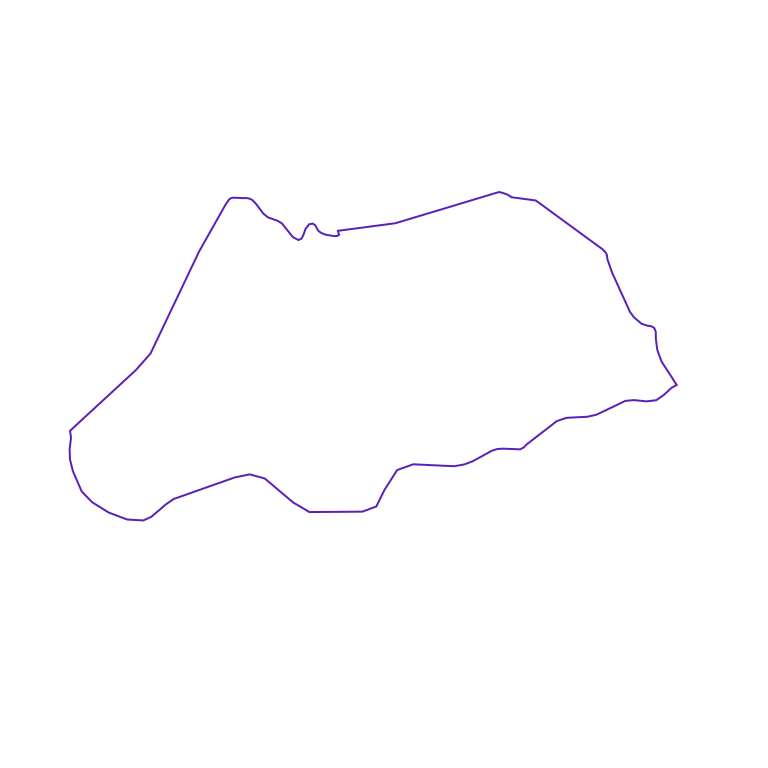 SVG path tracing the border of Chikwawa, rotated 294°
{"feature_id": "MWI-1916", "entity_name": "Chikwawa", "entity_type": "District", "adm_level": 1, "iso_a3": "MWI", "parent_name": "Malawi", "parent_adm1": "", "projection": "albers", "projection_center": [34.734, -16.216], "detail": "fine", "context": "isolated", "style": "outline", "palette": "violet", "viewbox_px": 768, "rotation_deg": 294, "n_neighbors": 0, "source": "natural_earth", "source_scale": "10m", "svg_char_len": 1366}
<svg xmlns="http://www.w3.org/2000/svg" viewBox="0 0 768 768"><g transform="rotate(294 384 384)"><path d="M502.2,651.8L497.4,648.2L488.1,644.2L480.0,639.4L474.9,630.9L471.0,619.0L466.8,611.4L442.2,590.4L436.8,583.1L427.4,564.6L420.5,557.0L387.0,539.0L383.0,537.5L379.7,535.0L373.2,518.7L370.4,513.6L366.8,509.6L349.7,496.6L343.1,490.0L337.4,481.5L322.5,443.3L310.7,431.0L287.2,427.5L269.0,426.8L258.6,416.2L236.7,368.0L238.8,349.2L249.2,313.5L246.8,298.0L237.8,285.5L193.5,238.7L185.7,233.9L168.1,225.5L161.5,219.7L155.7,204.4L154.6,184.7L157.3,165.4L162.9,151.5L178.0,135.1L187.4,127.8L196.4,123.4L207.4,120.0L213.2,116.5L213.4,116.2L221.0,119.4L295.9,151.7L316.9,158.3L429.9,161.2L483.6,166.3L490.3,167.6L492.5,169.8L493.5,171.9L496.4,179.5L497.7,182.1L498.6,185.2L498.6,188.6L496.6,193.6L490.6,204.4L489.0,210.3L489.8,220.7L489.2,225.4L481.1,241.1L480.7,247.2L483.4,249.6L488.4,249.7L493.7,249.2L499.4,250.6L501.5,253.5L501.1,256.4L497.2,261.7L496.5,265.1L496.6,269.8L498.8,278.3L500.3,281.1L501.9,282.3L505.2,279.6L535.5,329.0L606.1,410.9L606.9,414.9L607.2,420.5L606.5,424.6L613.4,448.0L595.9,529.1L594.4,532.8L592.7,535.0L588.8,537.4L578.6,547.0L549.9,579.4L546.7,585.0L543.8,594.7L544.3,600.4L545.5,604.9L545.1,608.1L542.3,611.0L535.8,614.0L526.3,619.8L517.4,628.4L506.0,646.0L505.9,646.0L502.2,651.8Z" fill="none" stroke="#5b21b6" stroke-width="2"/></g></svg>